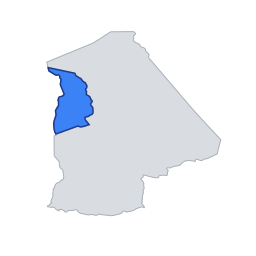 Illizi on a map of Algeria (Robinson projection), rotated 192°
{"feature_id": "DZA-2188", "entity_name": "Illizi", "entity_type": "Province", "adm_level": 1, "iso_a3": "DZA", "parent_name": "Algeria", "parent_adm1": "", "projection": "robinson", "projection_center": [8.244, 27.011], "detail": "fine", "context": "in_parent", "style": "filled", "palette": "blue", "viewbox_px": 256, "rotation_deg": 192, "n_neighbors": 0, "source": "natural_earth", "source_scale": "10m", "svg_char_len": 5813}
<svg xmlns="http://www.w3.org/2000/svg" viewBox="0 0 256 256"><g transform="rotate(192 128 128)"><path d="M190.2,34.3L190.4,34.8L190.4,35.3L189.6,35.8L189.0,36.1L188.4,37.5L187.2,38.4L187.0,38.7L187.0,38.9L187.8,39.3L188.1,39.7L188.2,40.2L187.8,42.1L187.3,45.5L187.3,46.2L187.6,47.1L187.9,47.7L188.0,48.5L187.9,50.4L188.3,51.5L188.6,52.5L187.9,53.7L187.6,54.8L187.4,56.4L187.3,57.4L186.8,58.3L186.2,59.2L185.5,59.7L184.7,60.2L183.7,60.8L182.9,62.5L181.2,63.8L180.9,64.3L180.7,65.4L180.7,66.9L181.0,68.1L181.8,69.9L182.6,71.9L182.8,72.9L183.0,73.2L184.0,73.9L185.8,74.8L186.1,75.1L187.0,76.5L187.8,78.9L188.1,80.5L191.2,83.0L194.2,85.1L194.4,85.5L196.0,92.8L196.6,95.4L198.7,104.9L197.8,105.4L196.8,106.1L197.5,107.4L198.9,109.5L199.8,111.1L200.1,111.9L200.7,114.0L201.3,116.0L201.4,116.6L201.6,118.2L201.4,122.5L201.8,127.9L202.3,130.6L201.5,133.1L200.8,135.4L200.9,136.6L201.3,138.4L201.6,139.8L202.2,140.5L202.1,142.8L201.9,143.6L200.3,144.8L198.5,145.9L198.1,146.9L197.9,147.9L198.2,148.7L203.2,156.5L203.3,157.3L203.4,159.5L204.3,162.2L205.2,163.4L205.5,164.3L206.2,164.9L206.8,165.4L207.2,165.5L209.4,164.7L213.3,166.0L216.9,167.2L217.1,167.5L219.3,171.7L221.1,175.6L180.3,203.5L175.8,207.7L165.3,218.2L164.4,218.6L150.5,221.7L143.3,223.3L142.9,223.3L142.5,223.4L142.2,223.3L141.6,223.1L140.9,222.5L140.4,222.1L140.2,221.6L140.5,221.0L140.9,220.4L141.0,219.9L141.3,219.6L141.6,219.3L141.6,218.9L141.4,218.2L141.1,217.3L141.2,215.7L141.2,214.9L140.5,214.3L139.3,213.6L138.1,213.2L137.6,213.0L136.3,212.8L134.5,212.3L133.9,212.0L132.8,210.5L132.2,210.1L129.6,209.8L128.7,209.6L128.0,209.2L127.4,208.7L127.0,207.9L126.9,207.2L126.7,206.8L123.8,205.2L123.0,204.6L122.7,204.1L122.7,203.3L122.7,202.3L122.6,201.5L122.5,201.1L71.7,162.1L68.9,160.0L62.8,155.5L34.9,135.9L35.4,121.8L35.5,121.1L35.7,120.8L36.6,120.3L38.1,119.1L38.6,118.6L39.3,118.0L41.8,116.4L42.3,116.0L44.7,114.2L45.2,113.9L46.5,113.7L47.0,113.4L47.7,112.6L48.8,111.8L49.5,111.4L50.1,111.3L52.2,111.5L53.1,111.7L54.2,111.8L54.5,111.7L54.8,111.5L55.2,110.9L55.3,110.2L55.4,109.6L55.4,109.3L55.6,109.2L56.1,109.2L56.7,109.3L58.0,109.3L58.4,109.2L59.9,109.1L62.0,108.7L64.9,107.8L66.3,106.7L67.4,105.6L68.5,103.9L69.4,102.4L71.1,101.5L72.6,100.9L73.4,100.7L75.3,99.9L78.4,97.7L80.9,97.4L81.2,97.1L81.6,96.8L81.6,96.1L81.2,95.6L80.7,95.3L80.4,95.1L80.0,95.0L79.8,94.7L79.9,94.1L80.0,93.5L80.3,93.0L80.2,92.2L79.9,91.4L79.8,90.8L79.9,90.2L80.1,89.8L80.6,89.5L81.2,89.4L82.0,89.5L83.5,89.3L87.3,88.0L87.6,87.6L87.9,86.6L88.1,85.8L88.5,85.5L88.8,85.4L91.8,84.9L92.5,84.9L98.1,85.1L102.9,85.3L103.3,85.1L103.3,84.5L103.0,83.4L103.2,82.7L103.9,82.0L104.8,81.3L104.4,80.4L103.8,79.8L102.8,79.1L102.4,78.8L101.5,78.0L101.0,77.0L100.7,74.9L100.1,73.8L99.7,72.3L100.2,69.7L99.6,68.1L99.5,67.5L99.5,66.6L99.8,65.3L99.7,63.3L99.0,61.3L99.4,60.6L99.6,60.2L99.5,59.9L98.8,59.3L98.6,58.8L98.7,58.3L99.1,57.5L99.1,57.2L98.0,56.3L96.2,54.9L95.7,54.3L95.5,53.5L97.3,53.7L98.2,53.6L100.3,52.7L102.0,51.4L103.3,50.8L104.5,49.4L105.6,48.5L107.1,47.6L111.5,45.6L112.1,45.5L113.5,46.0L114.8,45.9L115.6,45.2L116.6,43.4L118.0,42.4L119.8,41.4L122.3,40.4L123.9,39.4L126.4,38.7L132.6,38.1L135.9,37.7L138.0,37.8L140.3,36.3L141.4,35.9L146.2,35.8L148.4,34.7L156.9,34.7L158.0,35.0L159.0,35.6L160.7,37.0L161.6,37.3L162.7,37.0L165.4,35.7L168.3,35.0L169.9,34.3L170.6,33.1L172.0,32.7L172.8,33.6L175.8,34.5L177.7,34.2L178.5,33.9L178.2,32.6L180.2,33.0L181.7,33.6L183.3,34.9L184.4,35.1L186.3,34.5L190.2,34.3Z" fill="#d9dde1" stroke="#a8b0b8" stroke-width="1"/><path d="M197.3,107.1L197.8,107.6L199.0,109.4L200.0,111.4L200.7,114.0L201.5,116.5L201.7,118.1L201.7,120.1L201.5,121.9L201.0,125.6L201.2,126.2L202.5,129.8L202.5,130.2L202.4,130.3L201.8,132.4L201.7,132.6L201.4,132.7L201.2,132.9L201.3,133.1L201.4,133.4L201.5,133.6L201.4,133.8L201.0,134.2L200.9,134.5L200.8,135.1L200.6,135.5L200.6,135.8L201.4,138.7L201.5,139.8L201.6,140.0L202.1,140.3L202.3,140.4L202.3,140.6L202.1,141.7L202.1,142.1L202.2,142.4L202.2,142.6L201.8,143.9L201.6,144.1L198.5,145.7L198.4,146.0L198.3,146.3L198.0,146.6L197.9,147.0L197.7,147.2L197.5,147.7L197.7,148.3L199.0,150.1L200.4,152.2L201.5,153.8L202.9,155.8L203.2,156.5L203.4,157.2L203.4,158.6L203.5,160.0L203.5,161.5L203.6,161.8L204.9,162.6L205.1,162.9L205.3,163.9L205.4,164.3L205.6,164.5L206.8,165.5L207.3,165.5L208.3,165.1L209.3,164.7L209.5,164.7L211.5,165.3L213.6,166.1L216.5,167.1L216.9,167.2L217.2,167.4L217.4,167.7L218.1,169.1L218.7,170.5L191.5,170.5L191.4,170.5L191.3,170.4L191.0,170.1L190.8,169.8L190.5,169.4L190.1,168.5L190.0,168.4L189.9,168.2L189.7,168.1L189.4,168.1L188.6,168.0L187.8,167.7L187.7,167.7L187.5,167.4L187.4,167.4L187.2,167.4L186.6,167.1L186.0,166.8L185.7,166.8L185.3,166.8L184.7,166.7L184.3,166.4L184.2,166.4L184.0,166.1L183.9,166.1L183.7,166.0L183.6,165.9L183.1,165.3L183.0,165.2L182.8,165.2L182.4,164.9L182.2,164.7L181.9,164.4L181.7,164.2L181.4,164.2L181.2,164.1L180.9,163.9L180.7,163.7L180.1,163.7L179.7,163.6L179.3,163.5L179.3,163.4L179.2,163.4L179.1,163.2L178.9,163.1L178.7,162.8L178.4,162.5L178.2,162.0L178.0,161.8L177.9,161.7L177.3,161.3L177.1,161.1L177.0,160.8L176.8,160.0L176.8,158.8L176.8,158.7L177.0,158.2L177.5,157.5L177.5,157.4L177.6,157.2L177.5,156.9L177.5,156.7L177.4,156.6L177.3,156.3L177.0,156.1L176.0,154.7L175.9,152.7L175.8,152.3L175.7,152.0L173.4,151.3L173.1,151.2L172.9,151.1L171.9,150.6L171.7,150.4L169.8,147.7L169.7,147.7L168.8,147.2L168.7,147.1L168.6,146.9L168.6,146.7L168.6,146.4L168.6,146.2L168.7,145.9L169.5,144.1L169.5,143.9L169.5,143.6L169.5,143.4L169.4,143.2L169.2,142.8L168.9,142.5L167.1,141.1L166.8,140.7L166.7,140.5L166.6,140.4L165.6,136.8L165.4,135.5L165.6,134.6L165.9,134.1L166.5,133.6L167.2,133.1L169.4,130.9L171.8,129.9L172.2,129.6L172.0,128.3L171.7,127.4L171.2,126.9L166.7,123.2L170.9,120.7L174.2,119.2L175.6,119.2L177.4,119.5L197.3,107.1Z" fill="#3b82f6" stroke="#1e3a8a" stroke-width="1.5"/></g></svg>